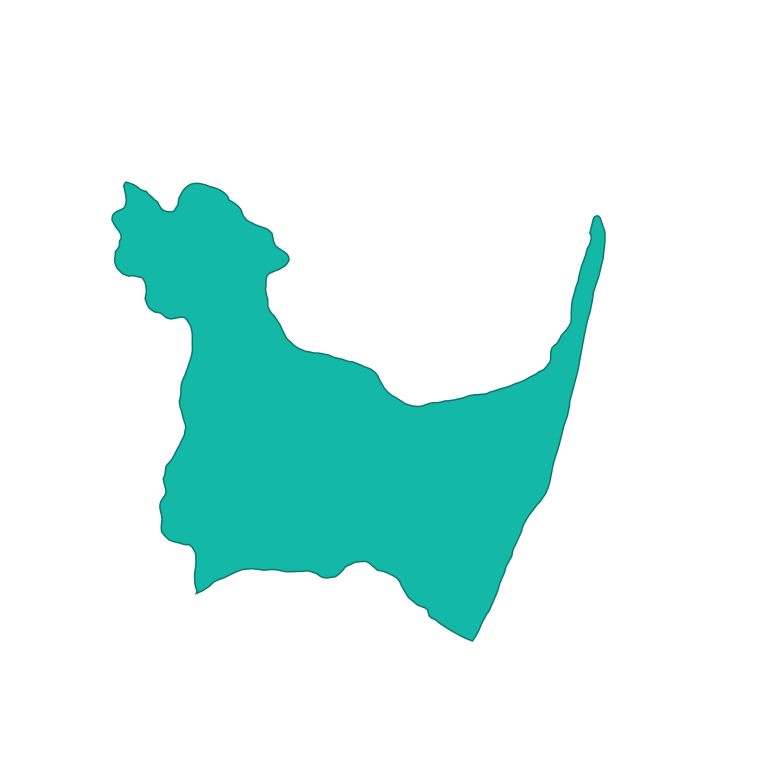 the district of I-2 Waini, Barima-Waini, Guyana, rotated 72°
{"feature_id": "73187651B25125705574502", "entity_name": "I-2 Waini", "entity_type": "district", "adm_level": 2, "iso_a3": "GUY", "parent_name": "Guyana", "parent_adm1": "Barima-Waini", "projection": "mercator", "projection_center": [-59.589, 7.691], "detail": "fine", "context": "isolated", "style": "filled", "palette": "teal", "viewbox_px": 768, "rotation_deg": 72, "n_neighbors": 0, "source": "geoboundaries", "source_scale": "gbopen_adm2", "svg_char_len": 5918}
<svg xmlns="http://www.w3.org/2000/svg" viewBox="0 0 768 768"><g transform="rotate(72 384 384)"><path d="M304.2,141.7L306.5,141.1L309.8,142.0L312.6,143.8L315.2,145.6L317.6,148.5L320.5,150.4L324.0,152.6L326.8,154.8L330.0,157.4L333.0,159.7L336.9,162.2L340.4,164.5L343.2,166.1L345.9,167.4L348.6,169.5L351.4,171.6L354.5,173.7L357.1,175.3L360.5,177.7L364.2,179.8L366.9,181.2L370.1,182.3L373.0,183.6L377.0,184.8L380.6,186.0L383.6,187.6L386.3,190.4L388.5,193.2L390.6,196.9L392.7,200.4L395.1,202.6L397.1,204.9L399.2,207.5L400.1,210.5L401.9,213.4L404.9,215.4L408.2,216.6L411.9,217.8L414.5,219.5L416.4,222.5L418.3,225.1L419.8,228.0L420.2,232.5L421.7,237.0L422.1,240.2L422.6,243.4L423.4,246.8L424.1,251.1L424.4,255.0L424.3,258.9L424.7,263.1L424.9,266.8L424.8,271.7L424.5,275.2L424.7,278.8L424.6,283.2L424.5,286.3L425.0,290.0L424.1,293.7L423.2,297.7L422.3,301.2L421.5,305.6L421.5,309.6L421.7,313.1L421.2,317.3L421.0,321.5L420.4,324.9L419.7,328.6L418.9,331.6L418.8,335.0L418.2,339.5L417.0,342.9L416.5,346.7L416.6,349.9L416.6,353.3L416.5,356.5L415.5,359.6L414.1,362.9L411.6,366.9L409.1,370.2L406.1,372.5L402.7,375.2L399.5,378.0L397.0,380.3L393.2,382.7L390.1,384.2L387.0,385.3L383.9,385.9L380.9,386.5L377.8,387.1L374.7,387.3L370.6,388.7L366.3,391.6L364.2,393.8L361.5,397.4L359.0,400.0L356.4,403.0L353.5,406.7L351.6,410.7L349.7,413.4L346.9,416.9L345.1,420.4L343.5,423.0L339.2,427.9L337.6,430.9L335.7,434.0L334.1,437.3L332.9,440.9L331.3,443.5L329.8,446.2L328.3,449.1L325.9,451.8L323.6,454.4L320.9,456.5L318.3,458.4L315.5,459.6L312.4,461.6L309.6,462.7L306.1,463.3L302.1,463.9L297.9,464.3L294.7,464.8L291.8,465.7L288.6,466.4L284.7,467.6L281.9,469.2L278.3,470.0L274.3,470.5L271.3,469.5L267.0,468.3L263.3,468.3L260.4,467.9L257.2,467.4L254.0,465.8L251.1,464.9L248.0,463.7L245.0,461.9L243.5,459.1L243.0,455.0L242.7,452.0L242.6,448.3L241.8,445.3L241.2,442.1L239.4,438.8L236.8,436.0L233.5,435.4L230.2,436.3L227.6,438.0L224.4,440.6L222.0,442.5L219.4,444.3L216.3,444.9L213.2,444.8L209.7,444.4L205.9,444.0L202.9,445.6L200.0,447.8L198.1,450.2L195.6,453.7L192.8,457.1L190.1,459.7L187.9,462.2L185.1,464.2L181.1,465.8L177.9,466.1L173.8,466.1L170.4,467.6L166.6,469.8L164.0,472.0L160.8,474.7L157.7,474.6L154.5,475.9L151.9,477.6L149.0,479.9L146.5,482.7L144.6,485.2L142.3,488.8L140.0,491.5L138.0,494.6L136.1,497.9L134.8,501.6L134.3,505.5L135.0,509.4L136.4,512.8L138.5,516.0L141.2,518.9L143.8,521.6L147.0,523.2L149.9,524.6L152.3,527.6L154.6,530.1L154.5,533.6L153.1,536.9L151.3,539.4L148.7,541.5L144.9,542.6L140.9,543.0L137.6,545.5L134.5,546.9L130.5,549.4L127.4,550.6L125.8,553.2L123.6,555.7L120.8,557.4L118.1,559.5L115.7,562.2L113.8,564.6L112.2,567.3L115.0,570.3L123.6,571.1L129.4,572.2L133.0,573.9L135.9,576.2L136.9,579.9L137.2,583.7L138.2,587.8L140.3,590.4L143.9,592.0L146.8,591.6L150.3,590.9L153.3,590.1L156.9,588.7L160.3,588.1L164.0,588.8L166.3,591.3L171.1,593.1L173.5,596.1L175.2,598.7L178.5,599.7L182.0,601.7L184.9,602.3L188.6,602.4L191.8,601.9L195.1,600.3L198.3,598.6L200.5,596.0L202.4,593.6L203.1,590.2L204.5,587.2L206.2,584.6L207.9,581.4L210.7,580.4L213.7,579.8L218.2,580.4L221.4,581.0L225.2,582.6L228.9,584.8L232.2,584.8L236.1,584.6L239.8,583.7L242.6,581.5L244.9,579.5L246.2,576.5L248.5,573.6L251.5,571.9L254.0,570.2L256.2,566.7L256.8,563.6L257.2,559.8L257.8,555.9L259.2,553.2L262.0,551.7L265.5,550.8L268.5,550.0L271.8,550.2L274.8,550.4L278.6,551.3L282.4,552.5L285.5,553.6L288.6,554.5L293.0,555.9L296.7,557.8L299.5,559.6L302.7,561.9L305.3,563.9L307.9,565.7L310.5,567.9L314.1,570.6L317.0,573.3L319.8,575.6L323.2,577.6L326.6,578.9L330.1,580.1L333.1,581.4L336.7,583.8L340.2,584.7L344.1,585.0L347.1,584.8L353.4,585.5L357.4,585.5L360.3,585.4L364.0,585.9L367.6,588.0L370.5,589.4L373.5,592.1L376.3,595.0L378.7,597.0L381.8,600.5L384.0,602.7L387.7,606.4L390.4,609.4L392.5,612.9L394.4,616.2L397.2,618.0L400.3,619.3L403.3,620.9L405.7,623.2L409.7,623.8L412.7,623.9L415.9,624.1L419.1,624.6L422.1,626.6L424.1,629.5L426.2,632.0L428.6,633.8L431.4,635.1L435.5,635.8L439.6,636.1L442.7,636.6L445.7,637.6L449.0,639.1L452.1,640.4L455.9,641.1L459.9,639.8L462.6,638.4L465.8,636.7L468.5,633.4L470.2,630.5L471.8,628.0L473.7,625.4L475.7,622.0L476.5,619.1L479.4,617.1L482.6,616.2L486.0,615.6L489.1,615.9L492.2,617.0L495.2,617.8L500.8,620.2L503.9,621.8L507.5,623.4L511.0,624.3L514.9,625.4L518.8,625.9L522.5,625.6L525.3,627.4L524.6,620.7L523.4,616.3L522.5,612.8L520.8,609.5L519.5,606.3L519.0,602.1L518.9,598.2L518.8,595.1L517.7,588.5L517.3,585.0L516.9,581.1L516.7,577.0L517.0,574.0L518.0,570.0L518.7,566.9L520.3,563.5L521.6,560.3L523.7,556.4L524.7,552.6L525.7,548.3L527.1,544.3L528.7,541.5L530.3,538.6L532.0,535.7L533.3,532.1L534.7,527.2L535.7,523.6L537.0,519.5L537.9,514.6L539.9,511.4L541.8,509.0L543.7,506.4L547.4,503.9L549.6,501.1L551.0,497.7L551.5,493.8L552.3,490.2L551.5,487.2L550.2,484.2L548.7,481.2L546.3,477.7L545.4,474.3L545.3,471.2L544.5,466.8L545.4,462.5L546.1,459.4L547.3,455.7L549.8,453.4L552.8,451.5L559.3,447.6L561.1,443.8L563.7,440.3L566.1,437.7L569.6,434.1L572.8,431.5L576.9,430.1L580.3,429.8L583.8,429.2L591.9,427.4L595.0,426.5L598.2,424.4L604.3,420.6L607.5,416.9L609.5,414.3L612.0,412.4L615.5,412.5L618.7,412.7L621.5,410.9L623.6,408.3L630.0,404.0L632.5,401.8L636.1,399.1L639.6,396.1L643.0,392.9L646.8,389.4L649.9,386.3L652.0,383.9L654.4,380.9L655.8,379.3L651.9,374.4L647.8,370.1L641.1,364.3L634.6,357.4L632.1,354.0L631.0,353.0L616.2,340.0L609.4,335.5L600.2,327.5L595.5,324.5L595.4,324.4L587.3,315.8L581.6,312.6L575.4,306.7L566.6,298.7L563.8,297.1L560.5,294.3L555.3,288.8L552.2,284.5L546.1,275.8L544.4,272.3L538.4,264.5L533.5,260.1L528.6,256.7L512.4,247.8L509.1,245.5L496.7,236.7L478.7,225.4L471.5,219.8L471.4,219.7L462.1,214.3L458.4,213.0L432.6,196.4L431.2,195.5L401.1,179.3L392.7,174.5L387.1,171.3L378.6,165.5L368.9,160.0L361.2,156.3L353.9,150.9L348.6,146.9L332.4,136.9L316.9,129.9L314.2,129.0L309.9,127.5L307.1,126.9L292.7,127.1L290.7,128.0L289.8,129.7L290.0,131.8L291.3,133.6L304.2,141.7Z" fill="#14b8a6" stroke="#0f766e" stroke-width="1.5"/></g></svg>